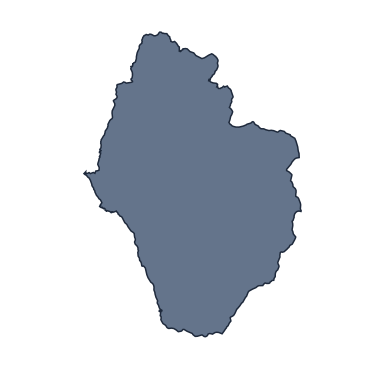 the district of Bucuresci, Hunedoara, Romania, rotated 205°
{"feature_id": "2599482B97237665076165", "entity_name": "Bucuresci", "entity_type": "district", "adm_level": 2, "iso_a3": "ROU", "parent_name": "Romania", "parent_adm1": "Hunedoara", "projection": "albers", "projection_center": [22.958, 46.121], "detail": "fine", "context": "isolated", "style": "filled", "palette": "slate", "viewbox_px": 384, "rotation_deg": 205, "n_neighbors": 0, "source": "geoboundaries", "source_scale": "gbopen_adm2", "svg_char_len": 6014}
<svg xmlns="http://www.w3.org/2000/svg" viewBox="0 0 384 384"><g transform="rotate(205 192 192)"><path d="M249.2,318.8L253.2,318.4L256.8,319.7L258.4,319.3L260.6,318.0L260.8,317.6L260.5,317.1L261.9,315.4L261.5,315.0L261.8,314.4L262.3,314.3L262.6,314.7L263.1,314.4L264.8,318.1L265.8,318.2L268.8,320.2L271.4,321.1L272.8,319.7L274.9,319.6L275.2,320.5L277.2,322.2L277.6,323.1L279.7,323.7L281.7,324.9L284.3,323.8L284.8,323.9L285.9,323.3L287.2,323.8L288.7,323.4L289.1,322.7L289.5,320.0L291.1,318.2L292.4,317.5L295.2,317.7L296.9,317.3L298.1,315.7L300.1,315.4L300.2,315.0L301.6,313.4L301.5,313.2L301.9,311.3L301.6,309.4L301.7,308.6L301.1,307.6L300.7,307.4L300.6,306.1L300.3,305.5L301.3,303.8L301.5,301.9L300.5,300.0L300.6,296.7L300.5,294.9L299.6,291.2L298.8,289.4L298.3,286.2L298.4,285.6L299.4,284.4L299.5,283.4L299.9,283.2L299.1,281.2L299.1,280.5L299.8,280.4L300.4,279.9L299.8,279.3L299.5,277.7L297.0,275.6L296.0,274.2L295.8,273.5L295.4,273.1L294.5,270.1L295.0,268.9L294.7,267.9L292.9,267.4L292.5,266.8L293.4,265.7L297.6,262.9L299.0,263.1L300.5,262.8L301.5,260.8L305.2,257.7L305.0,256.5L304.6,256.2L304.2,254.9L304.4,253.0L303.8,251.9L302.6,250.7L302.2,248.4L300.4,247.1L299.9,246.4L299.9,245.6L300.4,244.0L301.5,242.5L301.8,241.4L299.4,239.5L298.5,237.8L298.6,231.8L297.8,229.7L295.6,226.1L295.4,224.8L296.3,223.3L296.7,221.9L296.8,217.8L296.0,216.4L296.0,215.3L295.7,214.3L296.4,210.5L296.0,209.5L295.5,206.5L295.9,205.4L296.2,201.9L296.4,201.1L296.1,200.5L296.0,199.2L295.5,198.3L295.4,197.7L294.2,196.3L293.2,193.6L293.5,191.6L291.9,191.1L292.0,190.6L292.8,190.6L292.8,189.3L292.4,189.3L292.4,188.6L291.2,188.7L290.8,186.6L290.9,185.1L290.2,184.9L290.3,183.2L289.7,180.7L289.4,178.3L289.0,177.1L286.4,174.9L285.5,172.5L286.4,171.5L288.1,170.3L287.9,167.9L289.7,168.0L291.9,165.7L293.5,166.1L294.4,164.9L296.3,163.6L296.4,163.8L295.9,164.5L296.7,164.8L296.9,165.4L297.7,163.0L296.3,162.6L294.7,162.5L292.8,161.5L291.0,161.1L289.0,159.6L286.0,156.6L285.8,156.1L285.0,155.2L282.8,153.9L282.2,152.9L280.6,152.0L280.0,151.0L276.9,148.4L275.8,148.1L273.3,146.5L271.8,146.3L269.5,144.5L269.2,144.2L269.2,143.3L269.7,142.0L269.2,141.5L269.2,141.2L269.7,140.4L269.6,139.8L267.7,139.5L267.7,139.8L266.9,140.2L266.3,140.1L266.1,139.7L265.0,139.5L264.3,140.2L263.7,139.9L263.0,138.8L262.3,138.9L261.5,138.4L261.2,138.5L261.2,139.2L258.2,139.6L256.5,139.1L256.3,139.3L256.6,139.9L256.2,140.3L255.4,140.2L255.4,140.5L254.6,140.6L252.5,142.7L251.9,142.2L250.7,141.9L249.5,140.7L249.2,140.8L247.0,139.7L246.0,139.9L244.8,139.6L239.9,135.8L237.4,135.1L234.9,133.2L230.8,130.9L228.1,130.5L226.7,129.9L226.5,129.3L224.9,126.8L223.5,125.5L223.0,124.2L223.0,122.7L222.8,122.2L221.5,120.8L218.7,119.7L217.4,118.6L216.5,116.8L215.7,116.1L215.6,114.4L213.7,111.1L211.8,109.9L210.4,107.7L209.4,107.5L207.9,106.2L206.3,103.9L205.8,103.7L204.9,104.3L204.2,104.3L202.2,103.4L198.0,98.0L195.6,95.7L191.3,92.9L189.0,92.4L187.5,91.4L186.3,89.9L185.1,87.1L183.1,85.2L182.5,84.1L180.2,81.4L177.3,79.0L177.0,78.5L177.0,77.6L176.4,76.5L174.5,75.2L172.7,73.2L171.3,72.3L169.4,72.1L169.0,71.6L169.4,71.0L171.5,70.8L171.4,70.1L169.5,69.8L168.5,66.4L167.6,66.2L166.7,64.8L166.3,63.2L165.4,62.4L162.7,60.5L159.5,60.0L157.4,58.6L155.9,58.4L155.2,58.6L153.2,59.9L150.7,60.6L148.1,60.3L145.4,59.6L143.2,61.1L142.6,61.8L142.2,63.5L141.2,64.1L137.8,63.7L132.0,63.9L130.7,63.1L128.1,62.5L126.2,63.5L122.8,66.5L122.2,66.7L120.1,66.2L118.9,66.4L118.1,67.1L117.4,68.3L117.3,70.2L116.0,71.3L113.3,71.9L111.8,74.3L110.4,75.3L108.4,76.0L104.8,76.2L104.0,80.2L103.8,81.9L103.4,83.3L103.5,84.5L102.8,86.0L102.8,88.9L102.2,91.5L104.3,94.2L104.2,94.8L102.6,96.9L102.0,98.3L101.8,100.7L101.9,104.7L101.6,105.2L100.6,108.9L100.1,112.2L99.4,113.5L99.0,118.9L98.5,120.7L98.8,124.9L98.4,126.4L96.0,129.7L93.7,132.3L92.8,134.2L91.9,135.3L88.3,137.1L88.3,137.7L88.0,138.4L88.0,139.1L87.3,140.4L85.6,140.7L83.6,141.7L83.0,142.7L83.1,143.6L82.4,144.5L82.2,145.3L81.9,145.8L80.6,146.5L81.1,148.4L80.8,150.4L81.9,153.0L82.2,154.5L82.1,156.1L81.4,157.6L81.6,161.1L82.2,162.1L83.7,163.3L84.5,164.4L84.8,170.2L85.6,171.7L86.4,174.4L85.8,175.4L84.7,175.6L83.3,176.8L81.7,180.4L81.4,181.7L81.0,182.2L80.7,183.5L80.8,184.9L79.1,187.1L78.8,191.9L78.8,194.2L79.0,195.1L82.3,196.7L84.2,199.1L85.1,199.7L85.4,200.3L86.4,204.0L87.3,205.8L88.9,207.8L88.4,208.9L88.8,212.4L89.3,213.2L89.7,215.6L89.3,217.3L88.8,218.5L87.8,219.4L87.0,220.0L85.0,220.4L85.1,221.1L86.6,222.4L88.1,226.3L89.1,227.7L92.5,231.0L93.8,231.8L96.1,231.9L97.2,234.2L97.4,235.3L98.3,237.3L99.2,238.2L99.9,238.7L102.7,239.6L103.9,241.6L105.9,243.4L107.4,243.8L108.5,249.2L108.9,250.0L112.4,251.2L115.3,251.4L115.7,252.2L115.8,252.6L114.1,259.0L114.0,261.5L113.1,264.7L112.5,266.0L111.7,266.9L109.4,268.5L111.3,272.2L113.0,274.0L115.3,277.6L119.3,282.1L121.5,284.1L125.6,284.5L126.8,284.8L127.2,285.4L131.8,285.0L134.0,285.9L138.0,285.1L138.7,284.2L139.5,282.6L140.0,282.3L143.9,282.1L146.3,281.4L148.2,280.2L151.5,279.6L153.6,279.6L156.2,278.5L158.2,278.9L159.8,279.8L163.3,279.9L165.6,281.4L166.5,281.5L167.1,281.0L167.8,279.3L170.8,276.7L171.4,275.6L173.4,273.4L176.8,270.7L179.7,269.4L182.5,268.9L183.8,268.9L184.9,269.4L186.0,269.5L187.9,270.6L188.1,273.3L188.9,276.9L188.7,278.9L189.0,281.7L189.3,282.2L191.4,283.6L193.9,284.5L193.8,286.7L194.3,288.1L194.1,289.2L194.1,290.7L194.9,291.7L195.3,293.2L194.9,295.0L195.1,295.8L199.4,300.3L199.4,300.5L200.9,301.4L203.0,301.8L204.8,303.0L206.9,300.9L207.3,301.2L208.2,301.2L208.7,299.5L209.7,298.7L209.9,297.9L211.8,297.0L213.1,297.9L214.0,297.7L214.0,298.8L213.6,298.8L214.1,299.5L214.3,300.4L214.7,300.6L215.1,300.4L215.8,300.8L218.9,299.8L221.6,299.6L223.1,300.0L224.6,299.7L223.9,300.0L224.2,300.6L224.1,301.4L222.9,301.4L223.3,303.0L222.6,305.5L222.9,306.3L222.1,307.5L221.7,308.7L221.9,310.9L222.1,311.1L221.3,313.1L221.4,316.0L221.7,317.3L223.5,319.6L223.8,321.8L224.3,322.6L226.1,324.0L227.0,324.2L227.8,324.9L228.9,324.9L230.8,325.5L232.5,325.6L234.6,323.2L237.4,318.9L239.4,317.1L246.2,317.3L249.2,318.8Z" fill="#64748b" stroke="#1e293b" stroke-width="1.5"/></g></svg>